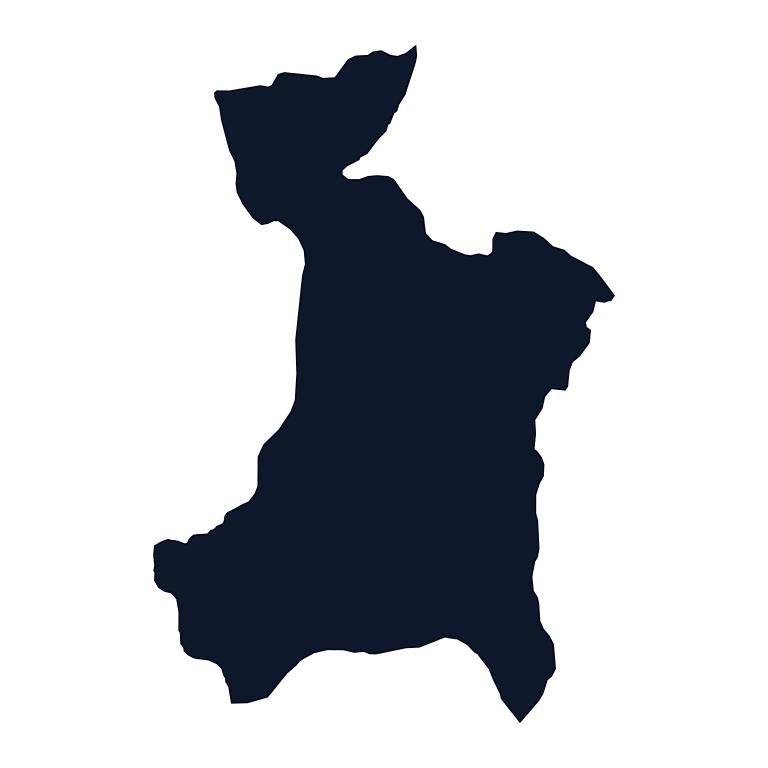 the district of Comitancillo, San Marcos, Guatemala
{"feature_id": "79465075B17220282453163", "entity_name": "Comitancillo", "entity_type": "district", "adm_level": 2, "iso_a3": "GTM", "parent_name": "Guatemala", "parent_adm1": "San Marcos", "projection": "natural_earth1", "projection_center": [-91.754, 15.119], "detail": "fine", "context": "isolated", "style": "filled", "palette": "ink", "viewbox_px": 768, "rotation_deg": 0, "n_neighbors": 0, "source": "geoboundaries", "source_scale": "gbopen_adm2", "svg_char_len": 2868}
<svg xmlns="http://www.w3.org/2000/svg" viewBox="0 0 768 768"><path d="M614.1,295.6L600.7,277.7L592.8,267.9L570.5,256.3L564.1,250.4L552.8,247.0L543.8,238.7L533.5,232.3L517.4,231.3L505.8,233.8L496.3,232.7L493.2,238.8L493.0,251.9L490.7,254.1L487.6,256.2L478.5,254.2L470.4,256.0L464.9,255.1L450.5,249.3L445.0,245.0L432.0,240.9L425.2,233.6L423.2,217.0L419.7,210.5L407.0,199.0L393.6,179.8L388.5,176.9L377.2,175.9L367.8,176.8L359.3,179.9L347.8,179.8L341.8,174.8L341.9,170.0L347.2,165.4L359.0,159.4L359.3,157.3L366.8,153.4L378.2,138.4L385.9,130.7L387.7,124.0L389.5,123.4L393.6,113.1L396.4,111.0L398.6,104.2L404.6,94.7L415.0,62.9L416.4,55.9L415.6,46.1L406.1,53.6L397.6,56.7L390.3,55.6L381.1,51.0L373.1,52.2L368.2,55.6L356.0,56.3L348.4,59.8L335.1,78.0L322.8,78.7L317.0,76.3L284.4,72.9L278.3,74.7L272.3,85.6L268.1,87.4L260.3,86.0L229.6,91.2L217.0,91.1L214.8,93.1L215.2,97.6L219.8,106.6L221.8,120.0L229.8,150.2L235.1,161.0L237.2,173.2L236.3,183.8L237.4,192.2L243.3,204.1L253.1,217.6L261.6,224.3L268.0,223.1L273.7,220.4L278.6,220.5L290.9,229.2L299.0,238.6L304.4,250.3L305.7,264.0L302.8,275.8L296.0,339.8L297.1,373.5L295.5,400.3L291.3,411.6L279.4,429.7L268.3,440.6L264.0,444.8L258.4,457.0L258.2,486.0L255.4,493.7L248.9,502.2L244.3,504.1L241.8,505.4L232.7,510.3L231.0,511.3L228.0,512.6L225.7,515.0L225.0,517.1L224.4,521.2L223.2,523.8L221.2,524.7L219.7,525.5L217.0,526.6L215.2,528.7L213.7,529.8L210.6,530.8L209.1,532.6L207.9,534.1L205.0,534.5L202.7,534.6L198.3,534.8L196.4,535.0L193.6,535.4L191.4,537.2L189.5,539.3L188.6,541.4L187.7,543.3L184.8,544.2L182.3,543.3L180.3,542.5L178.1,541.5L175.2,541.0L173.2,540.7L170.9,540.5L168.2,539.7L164.6,540.7L160.4,542.7L156.9,544.8L154.9,545.8L153.9,554.8L155.0,565.4L154.1,570.6L155.2,572.6L154.8,580.3L158.8,587.3L164.3,590.9L171.4,592.7L176.9,598.8L179.2,612.0L179.1,630.7L180.5,632.2L181.1,643.9L183.8,647.1L184.5,651.2L188.9,655.1L194.7,657.9L208.5,659.7L216.8,663.4L221.9,668.2L224.2,675.6L225.9,678.3L225.9,681.5L228.9,686.5L231.7,702.9L247.3,702.5L267.4,696.8L286.9,672.8L295.5,665.4L299.3,661.0L303.3,658.2L314.1,652.4L327.4,649.4L343.8,649.5L354.4,652.1L363.8,651.1L369.7,653.5L376.4,653.6L405.9,647.5L419.1,646.9L444.7,636.8L457.6,638.8L467.6,644.5L474.7,651.9L477.9,653.8L489.3,668.7L493.3,678.8L500.8,694.4L501.4,698.3L520.0,721.9L538.5,700.5L542.7,693.4L547.0,679.8L551.5,675.9L555.2,668.7L553.2,644.3L549.1,636.3L543.2,629.4L539.6,621.1L538.4,603.1L537.0,597.2L533.1,591.3L531.6,576.7L534.5,561.5L537.1,557.0L538.7,549.0L537.4,521.0L535.4,513.2L535.5,494.6L539.2,483.1L543.1,476.1L543.7,464.7L541.4,458.0L536.4,451.2L533.7,449.6L535.3,433.8L534.5,419.9L541.8,408.4L544.5,396.5L551.2,388.4L565.0,389.8L567.4,386.3L568.9,370.5L572.1,361.9L579.6,355.6L589.1,342.5L590.2,330.4L586.1,327.4L585.1,322.3L592.7,311.5L595.3,300.5L604.3,302.0L607.7,300.7L610.8,300.3L614.1,295.6Z" fill="#0f172a" stroke="#020617" stroke-width="1.5"/></svg>